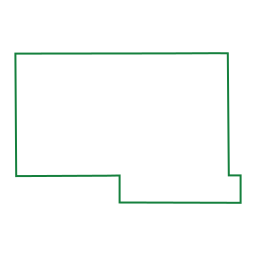 the district of Hettinger, North Dakota, United States of America
{"feature_id": "52423323B76867023232098", "entity_name": "Hettinger", "entity_type": "district", "adm_level": 2, "iso_a3": "USA", "parent_name": "United States of America", "parent_adm1": "North Dakota", "projection": "mercator", "projection_center": [-102.401, 46.418], "detail": "fine", "context": "isolated", "style": "outline", "palette": "green", "viewbox_px": 256, "rotation_deg": 0, "n_neighbors": 0, "source": "geoboundaries", "source_scale": "gbopen_adm2", "svg_char_len": 263}
<svg xmlns="http://www.w3.org/2000/svg" viewBox="0 0 256 256"><path d="M15.4,53.6L16.2,176.1L107.3,175.7L119.6,175.5L119.6,202.5L240.6,202.8L240.6,175.4L228.8,175.4L227.8,53.3L216.7,53.2L168.1,53.4L15.4,53.6Z" fill="none" stroke="#15803d" stroke-width="2"/></svg>